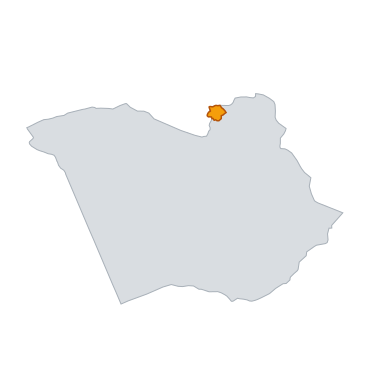 Zombo on a map of Uganda (Albers equal-area conic projection), rotated 67°
{"feature_id": "UGA-5589", "entity_name": "Zombo", "entity_type": "District", "adm_level": 1, "iso_a3": "UGA", "parent_name": "Uganda", "parent_adm1": "", "projection": "albers", "projection_center": [30.853, 2.535], "detail": "fine", "context": "in_parent", "style": "filled", "palette": "amber", "viewbox_px": 384, "rotation_deg": 67, "n_neighbors": 0, "source": "natural_earth", "source_scale": "10m", "svg_char_len": 2819}
<svg xmlns="http://www.w3.org/2000/svg" viewBox="0 0 384 384"><g transform="rotate(67 192 192)"><path d="M267.4,301.1L262.4,301.1L254.2,301.1L246.0,301.2L237.8,301.2L229.7,301.2L221.5,301.2L213.3,301.2L205.1,301.2L196.9,301.2L188.7,301.3L180.5,301.3L172.4,301.3L164.2,301.3L156.0,301.3L147.8,301.3L139.6,301.3L131.4,301.3L126.6,301.3L125.6,301.2L125.0,301.0L121.9,301.5L118.7,303.6L115.3,304.4L111.6,304.1L111.2,304.3L109.3,304.2L106.7,304.1L104.3,304.6L102.5,306.4L100.6,309.4L97.2,312.8L94.6,315.9L92.4,318.1L87.3,321.7L84.5,322.7L83.1,322.6L82.2,321.9L80.6,317.3L79.7,316.6L69.7,318.9L68.2,318.9L68.3,317.5L67.6,306.7L67.5,300.1L68.8,296.0L69.6,291.2L69.7,287.0L71.5,279.9L70.8,275.6L73.2,260.5L73.8,258.1L74.8,250.8L76.2,248.5L77.5,247.7L79.2,243.2L82.5,236.1L84.7,232.4L84.3,224.4L84.6,218.9L85.1,217.7L89.9,215.7L96.2,210.6L98.8,204.7L102.5,200.9L109.7,198.4L109.8,198.4L131.1,178.1L141.0,167.1L145.3,161.4L145.5,159.4L146.3,156.8L144.6,154.7L142.5,152.8L141.8,151.1L140.0,150.2L137.5,150.2L135.8,149.0L133.9,146.5L132.0,145.0L125.9,145.1L121.3,142.6L121.3,139.1L123.2,132.3L126.7,124.6L126.9,122.4L126.4,120.6L125.5,119.0L123.9,117.5L122.4,115.6L123.6,110.0L125.8,104.6L127.7,101.8L129.4,98.7L128.9,96.2L126.3,95.0L127.7,92.5L130.5,88.4L135.9,84.2L140.7,81.4L143.9,81.4L150.1,83.6L155.7,86.3L158.8,86.4L162.6,85.3L170.3,80.6L172.2,82.1L174.5,84.9L176.9,89.6L181.8,91.7L184.1,93.2L185.8,93.6L186.8,93.2L188.6,89.6L190.8,87.6L195.0,85.0L204.1,83.0L210.6,82.4L213.4,82.0L218.0,80.8L225.3,77.0L232.5,81.8L240.3,82.8L247.9,82.7L250.2,81.2L251.5,80.1L259.4,72.1L270.1,61.3L277.3,76.5L279.8,77.4L279.4,78.7L278.8,80.0L283.5,83.6L289.3,85.5L291.4,87.4L291.6,89.4L289.6,98.3L290.0,100.9L291.9,109.8L295.3,111.8L298.4,120.7L304.6,124.5L305.5,125.6L306.9,129.9L308.8,134.7L310.3,135.8L311.2,136.1L313.0,141.1L312.0,144.0L313.4,152.6L315.8,160.3L316.4,169.5L316.5,173.5L316.4,176.0L315.9,179.5L314.8,181.6L312.8,183.5L310.7,186.6L308.8,190.0L307.6,191.6L308.5,196.6L308.3,197.9L307.8,198.5L305.0,199.3L301.4,200.6L299.3,202.0L296.2,204.5L293.8,207.2L290.5,215.3L285.1,221.5L284.2,223.6L279.1,227.3L276.8,231.9L275.4,237.6L273.4,241.6L269.1,247.2L268.1,255.9L268.3,273.4L267.3,293.3L267.4,301.1Z" fill="#d9dde1" stroke="#a8b0b8" stroke-width="1"/><path d="M127.8,148.2L127.1,147.9L126.2,147.1L125.5,146.2L125.0,145.5L124.9,144.8L124.9,144.1L124.8,143.5L124.3,143.3L121.1,143.2L120.4,143.0L120.3,142.2L120.7,141.3L121.3,140.4L121.7,139.6L121.7,138.8L121.5,137.1L121.6,136.2L121.8,135.8L122.7,134.4L122.8,134.0L122.8,133.8L122.9,133.2L123.2,132.4L126.1,131.8L127.7,130.8L130.3,129.9L132.2,129.6L132.6,131.5L133.2,133.1L133.2,135.2L135.9,136.4L136.9,139.4L136.2,141.1L134.8,142.0L134.6,143.6L132.6,143.9L132.3,144.9L130.6,144.8L129.8,146.1L129.2,147.6L127.8,148.2Z" fill="#f59e0b" stroke="#b45309" stroke-width="1.5"/></g></svg>